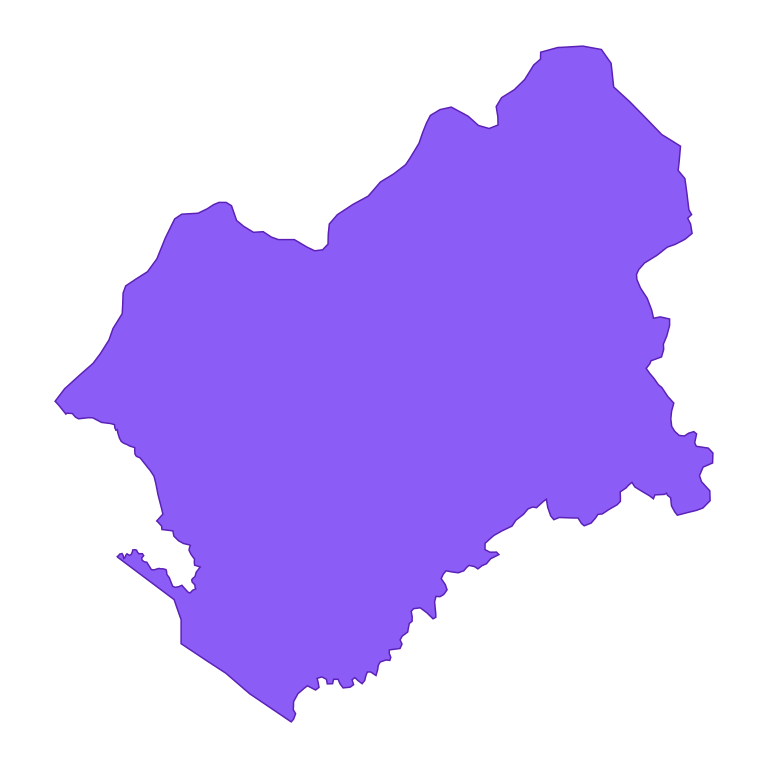 Neekreen, Grand Bassa, Liberia
{"feature_id": "62588387B67611028502926", "entity_name": "Neekreen", "entity_type": "district", "adm_level": 2, "iso_a3": "LBR", "parent_name": "Liberia", "parent_adm1": "Grand Bassa", "projection": "mercator", "projection_center": [-9.936, 5.929], "detail": "fine", "context": "isolated", "style": "filled", "palette": "violet", "viewbox_px": 768, "rotation_deg": 0, "n_neighbors": 0, "source": "geoboundaries", "source_scale": "gbopen_adm2", "svg_char_len": 5159}
<svg xmlns="http://www.w3.org/2000/svg" viewBox="0 0 768 768"><path d="M117.2,556.5L117.6,557.2L174.1,599.6L176.6,606.9L181.1,619.7L181.1,642.3L181.1,643.7L207.1,661.0L225.8,673.2L249.6,693.7L291.2,721.9L293.5,719.3L294.2,717.6L295.6,713.7L293.8,710.6L293.3,709.8L293.5,705.4L293.6,701.6L295.5,698.1L296.8,695.8L297.8,693.8L303.4,689.0L303.8,688.6L307.4,685.8L315.6,690.0L319.0,687.4L318.1,682.2L317.1,678.4L321.8,676.9L326.4,679.3L327.3,683.9L332.6,683.7L333.6,679.3L338.1,679.3L340.0,683.8L343.1,687.9L350.1,687.2L353.6,684.7L352.1,679.8L354.8,677.6L357.9,680.5L362.1,683.7L364.7,680.5L365.5,677.3L366.0,675.3L367.4,672.0L370.7,672.0L376.0,675.5L377.7,669.5L378.3,665.3L380.2,662.0L386.0,660.0L389.8,660.4L390.8,657.3L389.3,653.6L389.3,651.1L389.4,649.9L396.1,649.0L400.0,648.5L402.0,644.1L400.1,639.9L402.2,636.1L407.7,632.0L408.3,628.5L409.3,623.5L412.1,621.2L412.2,616.7L411.5,613.0L411.2,611.4L413.5,608.7L420.2,607.8L426.9,612.8L433.0,618.8L435.8,617.3L435.8,614.2L434.6,601.8L435.1,599.8L436.0,596.4L440.0,596.7L443.7,594.5L445.7,591.8L447.1,589.7L446.7,588.8L445.3,584.6L441.2,578.6L443.3,574.1L446.1,570.8L451.8,571.9L458.2,572.8L461.2,571.7L463.8,570.8L466.6,567.5L469.0,565.4L474.5,566.6L477.9,568.9L482.1,565.6L486.4,563.8L490.7,558.7L498.9,554.6L496.5,552.1L490.0,552.2L485.0,549.6L485.1,543.3L488.3,540.4L490.6,538.3L493.8,535.5L501.5,531.1L507.4,528.3L512.0,526.1L515.9,520.2L523.6,514.2L528.0,508.9L532.7,507.0L536.5,507.7L543.0,501.7L545.3,500.0L546.4,499.2L547.7,507.3L550.7,515.9L553.8,519.7L559.2,517.5L573.6,518.0L578.0,518.0L581.5,523.5L584.2,525.8L591.1,523.1L595.4,518.2L597.9,514.4L602.3,513.9L604.6,512.4L609.1,509.4L617.1,504.8L620.4,501.4L620.4,497.3L620.2,491.9L626.1,487.9L628.1,485.6L629.7,484.2L631.9,482.4L634.9,487.0L642.4,491.6L649.4,495.7L653.4,498.8L654.9,494.9L664.5,494.4L666.5,493.2L667.5,495.3L670.6,497.7L671.5,505.9L674.7,511.8L677.3,515.2L687.8,512.5L696.4,510.4L702.9,508.0L710.1,500.7L709.8,490.8L701.5,481.7L699.5,475.6L703.1,467.1L711.8,463.3L712.6,463.0L712.9,453.0L711.1,451.1L708.3,448.1L696.3,446.3L694.7,442.7L696.6,433.9L693.8,431.6L688.6,433.2L684.4,436.0L679.2,435.4L674.7,431.3L671.7,426.4L670.8,418.9L671.6,411.2L673.8,403.1L667.8,396.5L661.9,387.6L658.4,384.7L657.8,383.9L654.2,378.7L649.4,373.0L649.1,372.5L646.2,368.4L649.8,363.8L651.0,360.8L661.5,356.9L663.7,349.4L663.4,344.1L663.9,342.9L666.8,335.9L669.6,325.5L669.6,319.0L660.4,316.9L653.5,318.2L651.7,310.1L647.2,298.3L640.8,288.5L640.3,287.6L636.9,279.5L636.5,274.5L638.8,269.5L644.5,263.0L657.1,255.2L667.2,247.2L675.1,244.4L683.6,240.0L685.2,239.1L692.1,233.4L691.7,231.0L690.6,224.1L687.7,218.2L691.6,214.6L688.9,209.8L686.8,192.4L684.9,178.6L678.1,170.4L678.5,167.6L679.3,160.0L680.5,146.2L667.2,137.9L661.8,134.6L652.9,125.4L649.6,122.0L642.9,115.1L630.0,102.0L613.7,87.0L611.1,63.3L601.4,49.5L582.8,46.1L562.4,47.3L557.8,47.5L540.7,52.2L540.5,59.1L533.7,65.0L524.7,79.5L514.3,89.7L501.6,97.6L496.2,106.6L497.9,117.1L498.0,125.0L497.3,125.3L489.1,128.5L478.5,125.5L468.1,116.2L451.3,107.1L440.0,109.6L430.4,115.4L426.6,122.8L424.6,127.7L422.6,132.8L419.0,143.3L410.0,158.1L408.3,160.7L405.5,164.8L393.5,174.0L380.4,182.0L373.0,190.6L368.2,196.1L352.8,204.5L337.3,214.7L329.3,224.0L328.3,233.8L328.0,244.2L326.0,246.2L322.6,249.8L314.7,250.8L307.0,247.1L294.3,239.6L278.4,239.6L271.4,237.1L263.2,231.7L253.5,232.3L243.3,226.1L242.1,225.0L236.6,220.5L231.5,205.7L226.1,202.4L219.0,202.4L213.9,204.5L206.6,209.1L199.9,212.3L198.3,213.2L181.7,214.2L174.7,218.9L170.1,228.2L165.3,238.0L156.9,258.8L147.5,271.7L135.8,279.1L125.7,285.9L123.1,293.1L122.7,304.7L122.2,313.7L113.0,328.5L109.0,339.9L100.3,353.7L93.1,363.3L79.9,374.9L64.6,388.8L55.1,401.3L58.4,404.8L65.9,414.1L66.9,413.2L72.3,413.5L75.4,417.1L78.6,418.8L88.1,417.7L92.7,417.8L97.5,420.3L101.5,422.4L108.5,423.3L110.4,423.5L114.5,424.6L114.8,427.7L115.9,430.2L117.2,429.6L117.8,432.8L119.4,438.0L121.2,441.4L122.9,442.7L124.6,443.6L127.0,444.5L129.6,446.0L134.7,447.6L134.8,449.1L134.7,450.7L135.0,454.1L136.3,456.2L138.6,457.3L139.9,457.7L141.2,459.2L141.6,459.7L143.7,462.4L145.4,464.5L147.4,467.1L150.0,470.2L154.0,476.3L155.8,483.4L156.6,487.5L157.1,489.9L157.6,492.7L158.0,494.6L158.7,497.4L160.6,504.7L161.7,509.1L162.9,514.1L156.7,521.0L157.6,521.7L161.6,526.1L161.9,529.5L162.7,529.6L172.9,530.9L173.8,536.0L178.6,540.8L183.5,543.5L187.6,544.5L189.5,544.9L190.4,545.5L189.6,547.2L189.0,550.2L191.0,554.3L193.4,557.7L194.5,558.9L194.3,562.3L194.6,565.2L198.5,566.4L200.2,567.1L199.2,568.3L196.2,572.2L195.0,576.6L192.7,578.5L191.7,579.9L192.2,582.1L194.8,584.8L195.1,587.3L195.8,588.9L192.7,590.2L190.1,592.9L188.2,592.3L185.6,589.5L183.0,586.6L181.9,585.3L178.7,586.7L175.2,587.3L172.7,586.3L171.2,582.6L169.2,577.5L166.9,574.5L166.6,571.6L166.0,569.6L163.0,568.8L160.9,568.8L158.9,568.4L153.8,569.9L151.4,569.6L151.0,569.0L148.8,565.5L146.8,562.2L144.3,561.8L142.1,560.2L141.8,557.9L143.7,555.7L142.4,553.7L138.8,553.7L137.2,551.7L136.6,550.2L135.2,549.7L132.8,549.9L132.3,552.0L131.2,554.4L129.6,555.4L127.0,553.8L126.0,554.9L124.7,557.9L123.8,558.5L123.1,555.3L122.0,553.5L119.5,554.2L118.6,555.6L117.2,556.5Z" fill="#8b5cf6" stroke="#5b21b6" stroke-width="1.5"/></svg>